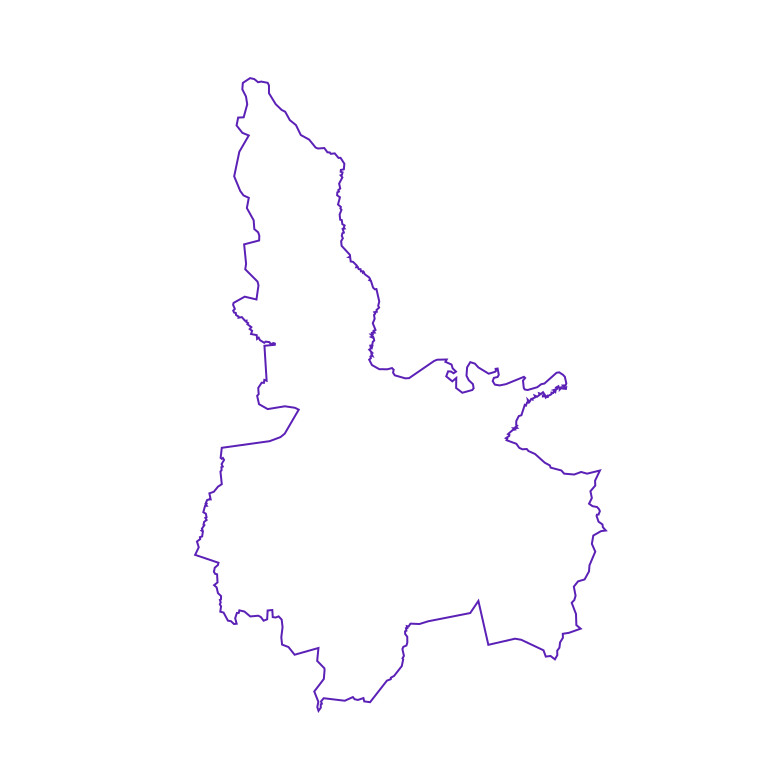 outline of Phatthana Nikhom, Lop Buri, Thailand, rotated 264°
{"feature_id": "78962969B79336823400406", "entity_name": "Phatthana Nikhom", "entity_type": "district", "adm_level": 2, "iso_a3": "THA", "parent_name": "Thailand", "parent_adm1": "Lop Buri", "projection": "mercator", "projection_center": [101.069, 14.9], "detail": "fine", "context": "isolated", "style": "outline", "palette": "violet", "viewbox_px": 768, "rotation_deg": 264, "n_neighbors": 0, "source": "geoboundaries", "source_scale": "gbopen_adm2", "svg_char_len": 6141}
<svg xmlns="http://www.w3.org/2000/svg" viewBox="0 0 768 768"><g transform="rotate(264 384 384)"><path d="M165.0,204.0L164.1,207.0L161.0,209.7L161.0,212.4L166.6,211.5L171.7,213.8L171.5,215.6L174.0,216.5L172.3,221.4L166.8,226.7L166.7,234.7L165.2,237.1L161.2,239.5L162.2,243.2L170.9,244.6L170.9,249.3L163.8,249.0L163.1,251.9L163.9,254.9L160.4,257.6L152.8,257.7L142.9,255.4L135.5,255.4L132.4,261.5L124.1,266.8L128.3,291.2L115.6,288.6L107.5,295.0L105.7,295.0L96.9,293.3L85.5,282.5L74.8,285.5L69.7,283.9L65.8,284.7L68.7,287.3L72.1,287.6L72.5,288.8L74.9,288.2L77.8,291.2L73.1,311.9L75.9,320.3L73.6,321.8L72.5,325.1L73.8,330.7L70.4,331.2L69.0,336.9L88.7,355.9L89.7,359.9L91.2,360.1L92.6,363.5L101.6,372.2L108.1,374.3L109.2,373.7L111.5,375.4L118.5,374.6L120.6,375.8L121.6,379.0L124.6,380.2L130.2,380.7L133.2,378.9L135.8,379.1L136.3,380.5L138.8,380.3L138.8,381.6L140.8,381.4L140.2,383.0L142.9,385.3L141.6,394.1L143.4,403.2L147.2,445.8L158.4,455.2L113.7,460.5L117.0,487.7L115.3,493.7L102.5,514.8L96.0,516.4L96.1,521.2L92.3,525.2L96.2,528.0L100.7,528.4L103.4,530.9L108.6,532.1L112.9,535.4L116.9,535.7L117.2,541.9L120.1,554.0L124.1,550.1L135.2,550.9L146.8,547.8L149.3,550.7L153.4,552.4L162.6,551.6L167.4,556.3L168.7,563.1L176.2,568.3L182.2,569.4L195.2,576.6L203.3,574.0L211.4,576.3L215.0,584.5L215.1,589.3L218.7,586.7L221.5,586.6L224.6,583.0L230.6,581.6L231.8,582.1L231.7,583.7L235.0,585.4L237.1,584.7L239.4,583.0L240.7,578.6L243.5,575.4L248.9,578.8L255.8,578.1L260.9,583.5L265.8,583.8L275.4,589.7L273.6,576.6L275.9,570.9L274.1,563.7L276.0,553.8L279.5,551.3L283.4,541.0L285.7,540.4L288.9,535.7L298.6,526.9L302.2,520.7L304.4,519.2L304.6,514.8L306.4,511.8L310.7,509.4L315.3,500.0L316.6,500.8L317.4,499.6L319.2,503.0L320.3,503.4L321.2,502.1L324.8,507.2L325.0,509.4L326.5,508.0L326.4,511.7L327.7,510.6L328.6,512.1L329.6,511.2L333.4,511.7L338.0,514.7L338.6,517.4L348.5,521.8L347.7,522.9L350.6,524.3L350.4,525.5L353.3,525.3L351.1,526.9L353.7,528.8L353.0,530.1L354.0,530.2L355.0,533.2L356.7,532.7L355.4,535.0L356.9,537.6L358.5,537.3L357.7,539.0L359.2,541.3L355.9,543.0L356.0,540.8L355.0,540.7L355.2,542.8L353.6,543.4L355.0,545.0L353.2,545.5L354.9,545.7L356.3,549.4L357.9,549.7L357.4,551.3L359.0,552.3L358.0,553.5L359.6,554.0L360.3,552.3L361.1,555.8L362.5,554.8L363.5,557.1L362.3,557.1L362.1,558.8L360.3,558.4L362.0,560.4L360.9,560.8L360.1,564.4L361.6,564.8L361.4,563.4L363.8,561.8L363.7,564.4L365.5,565.4L372.3,564.6L374.5,562.9L377.3,559.4L377.1,556.7L367.7,543.6L367.4,540.4L364.8,536.1L363.0,526.2L363.9,523.3L365.6,522.6L372.9,522.6L375.2,525.0L376.5,523.9L371.1,505.3L370.5,498.8L371.8,494.2L375.5,492.4L378.6,493.9L379.1,497.7L381.1,499.1L387.5,498.6L387.4,496.6L385.3,496.7L384.5,495.7L383.3,489.2L390.6,479.6L394.8,476.5L396.7,472.1L391.9,468.4L383.6,466.9L378.9,468.7L374.6,472.4L370.4,472.7L368.8,471.2L367.1,461.0L372.5,455.3L382.4,456.5L379.5,452.2L385.1,446.7L389.9,449.1L389.4,451.9L387.4,454.3L388.8,456.9L392.4,453.9L396.3,453.2L399.6,447.4L401.8,448.9L402.6,439.4L401.7,436.3L387.2,409.6L387.4,405.8L391.5,395.6L394.3,394.2L397.2,395.1L399.0,393.6L398.3,389.0L399.2,380.9L404.1,374.0L409.8,371.8L411.0,373.6L413.5,373.3L412.4,373.7L413.8,374.4L413.1,375.5L415.9,374.6L416.2,375.6L419.7,372.9L420.5,374.4L421.9,374.6L421.0,375.6L422.6,376.2L422.3,374.7L423.6,374.4L423.7,376.3L427.2,377.3L428.2,378.8L430.7,378.6L432.1,376.2L432.6,377.8L434.7,376.1L434.7,377.9L436.1,377.5L436.1,380.0L438.5,378.6L437.8,379.7L438.6,381.2L445.6,379.2L449.8,381.5L453.7,381.3L454.9,382.6L456.4,381.9L456.6,384.4L458.4,384.3L460.5,387.1L462.4,386.4L466.5,387.9L479.2,386.4L479.1,384.8L481.0,383.2L487.9,381.8L488.8,380.3L489.6,381.2L491.5,380.4L495.2,376.3L497.2,375.7L496.9,374.7L498.3,374.8L498.4,372.8L500.6,372.7L500.9,370.8L502.9,370.3L503.0,368.6L504.5,369.4L508.7,366.0L509.3,363.7L513.4,363.6L513.8,362.4L514.3,363.6L516.0,363.6L525.8,356.3L530.5,356.3L533.2,358.3L535.8,357.5L538.3,358.4L538.7,359.9L542.5,359.1L542.7,361.0L543.8,360.3L545.8,361.4L547.3,359.3L551.5,359.1L552.0,357.6L557.2,357.6L561.7,359.9L563.1,359.0L564.6,359.6L567.3,357.0L574.3,359.7L576.6,357.1L579.5,357.6L580.1,359.3L581.6,358.8L583.0,360.9L588.0,360.3L593.8,364.2L596.1,362.7L596.5,364.1L598.8,364.9L599.6,363.1L601.4,363.5L601.7,366.5L607.2,367.6L613.5,364.4L613.6,362.4L618.5,359.1L618.5,355.1L620.0,354.2L620.3,352.0L624.9,349.3L625.1,342.9L626.3,340.7L634.9,335.1L640.3,327.3L650.7,323.5L656.3,317.9L665.1,314.2L667.3,310.8L673.5,305.6L685.2,300.0L693.0,300.8L695.7,299.8L697.6,293.5L697.3,290.3L700.8,286.9L702.2,282.8L698.2,275.1L691.9,273.9L684.3,276.8L676.4,277.2L663.9,272.3L664.2,266.8L656.5,264.4L648.6,269.4L645.3,275.5L630.1,264.4L606.2,256.7L591.0,261.2L586.2,264.0L583.3,269.0L573.3,266.0L560.4,271.5L551.6,271.2L548.0,274.7L544.5,275.5L539.8,274.8L537.5,259.5L517.9,259.4L512.6,258.0L499.1,268.9L495.3,269.5L481.4,266.0L485.4,254.6L480.4,242.9L478.5,242.2L474.3,243.5L472.7,241.7L470.7,242.4L470.2,244.0L468.0,244.1L466.3,246.4L465.1,246.2L465.4,249.6L461.5,252.3L461.4,253.9L460.2,253.5L458.8,255.2L457.7,254.4L454.4,258.0L452.7,256.2L450.7,258.4L447.6,257.0L445.9,262.5L442.1,262.5L443.2,264.2L440.6,265.2L437.5,269.2L438.5,270.7L437.6,274.4L435.3,275.7L436.3,278.2L435.6,279.7L434.4,279.5L434.5,269.1L399.5,267.6L400.6,265.4L397.7,264.7L398.1,262.5L393.2,258.5L387.0,258.3L385.5,256.6L377.0,257.6L371.2,265.7L372.2,283.1L369.7,292.8L367.4,296.5L345.0,280.1L342.0,275.5L339.1,264.3L337.5,216.0L327.6,213.8L326.6,214.8L327.3,216.0L325.2,217.0L321.3,214.1L318.7,215.0L318.3,213.6L315.2,213.5L314.1,212.2L301.3,212.2L299.3,208.2L294.6,203.5L293.5,198.9L287.8,199.5L288.6,198.1L287.4,198.9L287.2,196.1L284.8,194.6L283.7,195.1L283.3,194.0L281.4,195.0L281.5,193.3L275.4,190.9L273.6,193.3L270.0,193.6L269.5,192.3L267.3,193.4L265.7,190.7L263.0,189.8L262.4,190.6L259.2,187.8L257.9,188.2L257.3,187.2L256.4,188.5L251.4,187.2L250.9,184.9L249.0,185.0L246.9,181.5L241.0,182.7L233.8,178.3L223.5,200.7L221.3,199.9L219.0,196.5L215.0,195.2L212.8,196.3L212.2,198.1L204.1,197.7L201.7,194.0L199.2,196.3L193.4,197.0L190.1,199.8L186.8,199.3L186.4,198.2L183.9,198.8L182.2,197.7L179.9,198.7L174.7,197.4L173.4,200.6L165.0,204.0Z" fill="none" stroke="#5b21b6" stroke-width="2"/></g></svg>